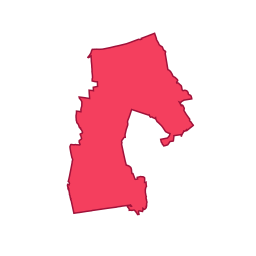 Forasti, Suceava, Romania (Mercator projection), rotated 199°
{"feature_id": "2599482B48678951772867", "entity_name": "Forasti", "entity_type": "district", "adm_level": 2, "iso_a3": "ROU", "parent_name": "Romania", "parent_adm1": "Suceava", "projection": "mercator", "projection_center": [26.455, 47.372], "detail": "fine", "context": "isolated", "style": "filled", "palette": "rose", "viewbox_px": 256, "rotation_deg": 199, "n_neighbors": 0, "source": "geoboundaries", "source_scale": "gbopen_adm2", "svg_char_len": 5695}
<svg xmlns="http://www.w3.org/2000/svg" viewBox="0 0 256 256"><g transform="rotate(199 128 128)"><path d="M133.7,226.2L141.9,219.3L144.6,217.1L144.1,216.4L144.9,215.8L145.2,215.6L146.9,215.3L154.8,208.8L156.8,207.2L163.8,202.7L166.5,201.1L167.6,200.4L171.2,198.1L177.5,194.4L178.4,194.0L180.9,193.0L183.2,192.3L186.1,191.2L187.4,190.7L187.6,188.8L187.5,187.9L187.5,186.8L187.7,185.8L188.1,184.1L188.8,182.3L188.9,181.8L188.9,181.7L188.2,181.7L186.8,183.5L186.4,184.1L186.0,183.2L185.9,182.8L185.4,181.7L184.8,180.4L184.6,179.6L182.7,175.5L181.7,173.0L181.5,172.7L180.6,170.3L180.5,170.0L180.5,169.8L179.0,166.7L178.7,166.0L178.1,164.5L177.8,163.5L177.9,163.0L177.6,161.9L177.2,160.8L175.9,160.9L174.2,161.1L172.9,161.4L172.0,161.7L170.3,157.4L174.1,155.2L172.8,152.0L173.6,151.9L177.1,151.1L175.7,147.6L174.5,144.9L173.9,143.4L177.2,142.8L178.5,142.6L184.3,141.4L183.7,140.4L181.6,139.1L180.3,137.9L180.1,137.6L179.1,134.5L178.9,133.9L178.8,132.9L178.8,132.1L178.6,130.2L178.0,128.9L177.8,128.0L178.6,127.8L178.7,128.0L182.2,127.2L181.7,125.7L181.4,124.3L181.2,122.9L180.4,120.7L179.8,119.6L179.6,118.7L178.9,117.8L178.3,116.7L177.7,116.1L176.5,115.5L175.4,114.4L174.5,113.1L174.3,112.9L174.0,112.9L173.9,112.7L173.6,112.6L173.4,112.4L173.0,112.6L172.8,112.5L172.7,112.4L172.7,111.9L172.4,111.8L172.1,111.4L171.2,110.9L171.0,110.7L170.4,110.1L169.6,109.2L169.8,108.5L169.7,108.0L171.2,106.8L171.2,106.7L170.9,106.0L170.2,105.5L169.3,104.2L168.4,102.8L168.4,102.7L168.6,102.2L169.2,101.4L169.7,100.7L170.0,100.3L170.0,100.1L169.6,98.8L169.3,98.3L168.9,98.0L168.5,97.4L168.2,97.2L167.9,96.7L168.5,96.1L169.9,95.8L171.1,95.4L172.1,95.3L173.7,94.5L175.0,94.2L176.4,93.9L176.7,93.7L176.8,92.4L176.8,91.3L176.3,90.3L175.8,89.3L174.1,86.2L171.5,81.9L170.3,80.6L170.0,79.9L169.9,79.2L169.9,78.4L169.5,76.8L167.6,63.3L167.2,59.8L167.1,58.0L166.0,57.6L165.6,57.0L165.3,56.6L165.3,55.9L165.2,55.1L166.7,55.0L166.6,54.4L166.5,53.9L166.1,53.3L166.0,53.0L165.6,52.5L165.2,52.5L165.1,52.3L165.0,52.1L165.3,51.9L165.3,51.6L165.0,51.3L164.7,51.1L164.4,51.2L164.3,50.8L164.4,50.3L164.2,50.2L164.0,50.3L163.8,50.2L162.1,47.2L161.6,45.9L161.0,45.3L160.9,45.2L160.6,44.6L160.0,43.7L159.9,43.2L159.3,42.9L159.2,42.7L159.2,42.4L158.9,42.3L158.9,42.1L158.9,41.7L158.5,41.2L158.1,40.9L151.4,29.8L147.7,31.7L146.8,32.1L140.0,35.7L135.6,37.9L134.4,38.7L133.7,39.0L120.9,45.6L113.4,49.3L111.8,50.3L109.7,51.3L108.2,52.2L101.2,55.6L100.8,56.0L100.7,56.1L100.3,55.9L99.7,55.4L99.2,55.3L99.1,55.2L99.3,55.0L100.0,54.9L100.9,55.4L102.5,54.5L103.2,54.1L103.3,53.9L102.5,53.1L101.6,52.6L100.7,51.9L100.4,51.5L100.1,51.1L100.0,50.6L99.3,50.9L98.5,51.2L98.1,51.2L97.4,51.4L95.8,52.3L95.3,52.4L94.6,52.1L94.3,51.8L93.9,51.8L92.7,50.8L91.7,50.2L90.8,49.3L89.5,49.9L90.9,52.5L90.6,53.3L87.6,53.7L87.1,53.8L87.2,54.8L87.1,55.4L87.2,55.8L87.8,56.9L87.5,56.9L86.7,55.9L85.6,56.7L85.3,57.7L84.8,58.5L85.0,59.4L85.3,59.8L85.0,60.0L85.0,60.3L85.8,62.6L85.9,64.0L86.1,64.4L86.9,65.5L87.1,66.1L87.2,66.3L87.8,66.8L87.9,67.0L87.9,67.4L88.4,68.4L88.3,69.0L88.8,69.6L89.3,70.4L89.4,70.6L89.6,70.9L90.0,71.7L90.5,72.5L91.4,74.9L91.4,75.2L91.7,75.7L91.6,76.2L91.8,76.9L91.8,77.2L91.8,77.7L91.6,78.5L91.5,78.8L92.4,80.4L92.8,81.4L93.3,82.4L93.3,82.6L94.6,81.9L95.6,85.2L96.1,86.3L96.3,86.5L96.7,86.4L97.2,86.7L97.8,86.8L99.1,86.4L100.3,86.2L103.2,84.3L102.3,83.0L104.4,81.7L104.3,81.4L108.4,86.4L108.6,86.5L109.2,86.2L109.4,86.3L110.2,87.6L111.4,90.2L112.0,90.9L112.4,91.5L112.8,91.7L113.8,92.1L114.9,92.4L115.4,92.3L115.8,92.5L116.4,92.4L116.9,92.5L117.5,92.3L119.8,95.7L123.5,101.7L128.8,110.6L129.0,112.3L129.6,112.9L129.8,114.0L129.5,115.2L129.1,116.2L128.9,117.2L128.7,117.6L128.4,118.0L127.6,118.3L128.6,120.6L129.0,124.1L129.2,126.0L129.2,129.9L129.2,130.6L129.5,131.8L129.9,132.6L130.4,133.4L130.5,133.8L130.7,135.2L130.6,136.1L130.5,138.5L130.5,141.3L130.6,146.7L112.9,146.9L112.4,147.4L112.0,147.2L111.4,146.3L110.6,145.7L110.3,145.6L110.1,145.6L109.4,146.1L108.5,146.2L108.0,145.9L105.9,145.8L105.5,145.7L105.2,146.5L104.8,145.7L104.5,145.4L103.0,143.9L102.6,143.6L102.2,143.4L101.3,143.1L97.1,141.1L95.4,140.0L91.4,136.9L91.2,136.8L90.5,136.7L88.6,136.4L86.4,136.4L86.4,136.1L86.4,133.9L87.4,131.4L92.7,128.3L93.4,127.9L92.9,127.1L92.2,125.9L91.8,125.4L91.2,125.0L91.0,124.9L90.2,123.9L89.5,123.5L88.9,123.2L88.4,122.7L87.3,123.3L85.0,125.0L84.5,126.6L84.0,128.5L83.7,129.0L81.1,130.3L80.9,130.6L81.4,132.8L81.9,135.1L82.1,135.7L75.8,139.0L75.8,138.8L75.2,138.1L75.0,137.7L74.9,137.7L74.8,137.8L74.8,138.1L74.9,138.5L74.9,138.8L74.6,140.6L74.2,142.5L74.2,143.4L73.2,143.4L72.0,145.5L71.5,144.8L67.1,151.7L67.4,152.1L68.3,152.5L69.0,153.1L69.6,153.5L70.4,154.2L71.1,154.4L71.7,154.7L72.3,155.3L72.4,155.7L72.5,156.4L77.3,159.8L80.9,162.8L81.1,164.4L81.3,165.0L83.4,167.1L83.9,167.3L84.5,167.3L84.6,166.5L84.4,166.0L87.9,169.2L86.6,169.1L86.3,169.2L86.2,170.2L84.1,172.6L77.2,176.3L77.5,177.0L78.5,178.4L79.1,179.0L79.5,179.2L79.8,179.3L81.0,179.3L82.1,179.8L82.4,180.6L82.8,181.1L83.2,181.5L83.7,181.9L84.6,182.3L85.8,182.3L86.4,182.2L87.0,182.0L88.1,181.2L88.5,181.3L89.0,181.5L89.3,181.8L89.6,182.3L89.9,182.9L91.0,184.8L91.4,185.2L92.1,185.6L93.0,185.9L94.1,186.4L94.6,186.7L95.3,186.9L95.8,186.8L96.3,186.4L96.7,186.6L97.0,187.3L96.4,188.9L96.6,189.3L97.0,189.8L99.6,191.0L100.2,191.2L101.1,191.3L102.6,191.8L103.0,192.2L103.4,192.7L103.5,193.0L106.1,195.2L107.1,195.7L107.8,196.0L109.3,196.2L117.1,210.6L117.2,212.2L117.4,212.5L117.5,212.5L117.9,212.5L118.2,212.9L118.4,213.1L119.4,213.2L120.0,213.5L121.0,214.7L121.4,215.2L122.0,215.8L122.6,216.0L124.3,216.3L124.9,216.6L125.5,216.8L126.0,217.2L126.5,217.8L126.8,218.2L129.8,220.8L130.1,221.2L130.2,221.7L133.7,226.2Z" fill="#f43f5e" stroke="#9f1239" stroke-width="1.5"/></g></svg>